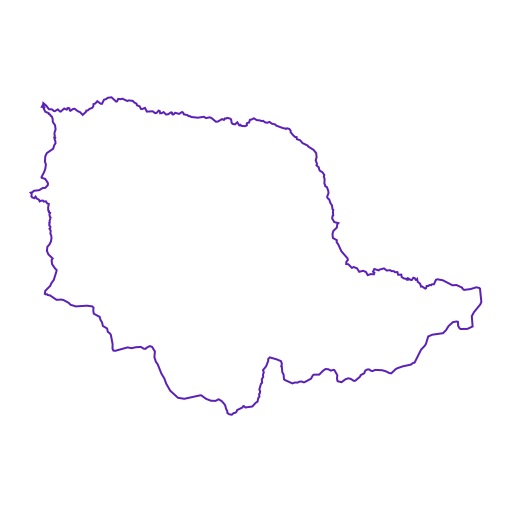 La Vega, Cauca, Colombia (Albers equal-area conic projection)
{"feature_id": "7082276B89331867807141", "entity_name": "La Vega", "entity_type": "district", "adm_level": 2, "iso_a3": "COL", "parent_name": "Colombia", "parent_adm1": "Cauca", "projection": "albers", "projection_center": [-76.765, 2.053], "detail": "fine", "context": "isolated", "style": "outline", "palette": "violet", "viewbox_px": 512, "rotation_deg": 0, "n_neighbors": 0, "source": "geoboundaries", "source_scale": "gbopen_adm2", "svg_char_len": 5977}
<svg xmlns="http://www.w3.org/2000/svg" viewBox="0 0 512 512"><path d="M470.4,289.1L464.1,289.9L462.5,288.7L462.1,287.6L456.4,285.0L452.5,285.3L442.9,280.3L437.6,279.3L435.9,279.8L434.0,284.2L431.7,284.4L431.1,285.2L429.6,285.0L428.3,286.0L426.7,286.0L426.0,288.2L425.2,288.6L422.0,286.4L421.0,286.6L420.1,283.7L417.7,281.8L417.1,279.0L416.3,279.9L415.7,279.9L414.8,278.2L413.4,277.7L411.9,279.9L410.9,280.0L407.8,278.1L407.4,278.5L407.9,279.7L407.0,279.8L405.8,278.7L404.0,278.5L401.7,277.1L401.3,274.6L398.2,274.8L397.4,272.1L395.1,272.2L393.6,271.1L391.5,271.1L390.3,270.2L386.7,270.5L384.0,268.4L379.5,269.6L378.7,270.4L374.3,269.0L373.0,271.7L374.4,272.7L373.9,274.3L370.8,274.1L367.7,275.1L366.0,272.0L363.1,270.8L359.2,271.8L357.1,268.4L353.6,267.0L351.9,267.9L348.4,264.3L346.2,264.0L346.3,261.9L347.9,259.9L347.5,258.3L341.4,251.3L338.0,243.9L336.7,242.4L336.8,240.2L332.9,238.0L332.5,234.0L333.3,231.0L336.8,227.6L337.3,224.3L338.3,223.1L334.3,222.1L332.2,218.6L332.5,216.0L333.2,215.5L332.9,211.6L333.3,210.0L332.5,209.2L332.0,205.5L330.3,202.8L329.2,199.4L327.7,198.3L327.1,196.8L328.5,193.2L328.3,191.0L326.9,187.1L325.2,186.2L325.1,184.8L324.4,183.7L324.6,178.9L323.8,176.7L324.3,174.9L322.3,172.1L320.2,171.0L319.2,169.6L318.7,167.2L316.5,165.4L317.0,163.9L315.7,160.2L316.6,157.4L316.2,153.2L313.6,149.9L308.3,146.6L307.7,145.6L302.4,143.0L300.2,140.3L296.8,139.1L296.6,137.1L295.1,137.0L293.1,135.2L290.6,132.1L290.6,130.6L289.4,129.0L287.2,128.3L285.9,129.0L285.0,128.3L283.5,128.3L276.2,125.6L275.3,124.5L271.7,123.6L269.5,121.9L267.5,122.7L265.4,122.5L263.0,120.8L261.4,121.1L259.9,120.4L256.7,120.1L253.9,118.3L251.3,119.6L249.9,119.8L249.1,122.5L247.2,123.0L246.7,123.9L246.9,125.3L245.0,126.2L241.3,125.9L240.5,124.8L239.3,125.4L237.3,122.3L235.0,124.4L232.5,123.9L231.6,122.6L231.1,119.4L229.9,118.5L227.1,117.9L225.7,118.7L224.7,118.5L223.9,119.9L222.0,119.1L217.8,121.6L215.9,121.7L211.7,118.2L209.8,117.3L206.0,118.1L203.9,116.8L197.8,117.7L191.3,117.0L189.8,116.1L188.6,116.2L187.5,115.1L183.8,114.3L183.2,112.7L182.1,112.0L179.0,113.9L175.2,112.8L173.6,114.4L172.7,114.5L172.2,114.1L172.1,112.7L171.1,112.3L168.0,114.3L166.1,114.5L163.6,112.1L161.9,113.1L160.2,113.3L159.8,111.2L158.7,110.6L156.7,112.8L155.2,113.2L152.7,111.3L146.8,111.6L145.0,107.9L142.0,109.1L141.0,109.0L139.6,106.3L137.0,105.3L136.5,103.7L134.0,102.3L132.8,100.9L128.8,100.4L127.3,101.0L122.4,98.7L120.9,99.2L118.2,98.9L117.1,101.3L116.2,101.6L111.5,97.3L107.7,97.8L106.1,99.1L104.0,99.7L102.0,103.8L100.6,103.7L97.3,101.2L95.3,103.5L93.5,104.1L93.3,106.3L92.3,107.8L89.5,108.9L87.7,110.5L86.3,110.6L86.0,111.8L82.7,114.9L80.1,112.2L77.8,111.2L74.5,108.7L72.8,109.1L70.5,110.8L69.8,110.5L69.4,108.4L68.5,108.0L67.5,108.1L67.1,109.4L66.5,109.6L64.2,108.5L60.7,111.6L60.0,111.5L57.8,109.4L54.7,111.2L53.9,111.1L52.0,109.4L48.9,109.2L46.3,105.7L43.3,103.1L43.0,105.0L42.4,105.8L43.3,106.1L42.3,106.9L43.3,107.1L43.5,107.8L44.3,107.7L43.9,109.0L45.4,111.8L48.6,113.1L48.8,114.0L50.2,114.6L50.6,115.8L51.7,116.3L52.6,118.7L52.9,122.1L55.0,125.1L55.6,129.4L54.7,131.9L54.4,134.4L54.9,136.0L54.3,137.4L55.2,137.9L54.5,139.0L55.3,141.0L55.5,143.3L54.2,145.3L53.2,148.7L46.8,153.1L45.3,156.3L44.9,161.7L45.9,164.3L45.4,168.3L44.3,171.7L41.5,177.1L41.7,177.8L45.2,178.9L47.9,183.0L47.9,185.0L45.4,187.8L42.8,188.0L39.1,190.2L33.8,190.8L32.6,192.1L30.7,192.7L31.7,193.9L31.4,196.5L32.1,197.3L34.3,198.2L35.6,196.6L36.7,198.5L38.9,199.7L39.7,201.4L41.1,200.7L43.0,200.6L43.8,201.6L45.9,201.3L47.2,203.4L48.8,204.0L48.1,207.5L48.3,210.7L49.0,211.1L49.0,212.3L50.1,212.8L49.4,214.5L49.9,216.9L50.6,217.5L49.6,220.8L49.8,222.3L49.2,222.9L49.6,224.0L49.2,224.9L49.5,225.9L50.4,226.7L50.2,228.2L49.5,228.8L50.7,230.7L50.4,233.6L51.3,235.9L51.5,238.2L50.9,241.5L49.5,244.4L47.4,246.8L46.9,250.9L48.4,254.4L52.7,258.5L51.6,260.1L52.1,264.2L55.2,268.7L56.5,269.8L56.6,270.8L53.8,279.9L51.3,283.3L50.2,285.9L45.3,290.8L44.8,293.8L45.8,294.4L46.9,294.2L47.7,295.0L50.0,295.4L56.5,299.8L61.4,299.6L63.4,300.0L68.6,302.8L70.6,304.8L75.9,306.4L86.9,305.7L92.3,306.4L93.5,307.7L93.3,310.9L93.8,313.7L99.7,316.9L100.5,319.9L102.0,322.3L102.9,326.0L107.1,328.5L107.8,331.8L110.0,333.5L110.9,335.0L112.6,344.2L112.5,348.6L113.4,350.6L115.3,350.8L127.6,347.4L131.6,348.2L135.4,347.3L140.8,346.9L143.8,348.7L144.8,348.8L145.6,348.8L146.5,347.8L149.8,346.1L152.1,346.9L154.9,351.5L154.4,357.2L155.9,361.8L157.7,364.3L161.3,373.4L164.4,378.6L166.3,383.8L170.2,390.7L178.0,397.8L184.3,398.8L200.3,395.3L201.2,395.3L206.0,398.8L210.8,400.7L215.5,400.9L218.7,399.3L221.7,401.1L224.2,403.9L225.2,405.5L226.3,409.5L227.2,410.8L227.4,413.0L229.1,414.2L230.8,414.6L231.8,414.7L233.6,413.1L235.5,412.7L236.4,411.9L237.1,410.1L242.4,407.5L243.3,406.1L244.0,406.1L245.3,407.5L252.3,406.5L255.7,402.8L257.5,401.7L258.3,398.0L259.4,396.7L259.1,394.2L259.9,393.0L260.1,391.0L259.3,389.6L261.0,383.8L262.1,382.7L261.8,379.3L263.2,377.0L263.0,374.7L263.8,372.2L263.0,370.1L266.1,366.3L268.2,360.9L268.2,359.1L269.8,357.4L276.5,359.3L280.9,361.1L281.9,363.7L281.3,366.3L281.8,366.4L282.3,372.2L283.6,374.6L284.0,379.2L284.6,379.9L292.4,383.4L294.9,382.5L297.6,382.6L299.2,381.7L301.7,381.5L303.5,382.3L304.5,382.2L311.0,378.7L312.8,375.4L313.7,374.7L319.2,374.6L323.1,370.7L325.6,369.0L328.4,369.3L330.8,370.6L333.6,369.8L334.4,370.1L337.3,375.2L337.0,378.9L337.6,381.2L341.5,382.2L345.6,379.2L348.4,378.3L350.7,378.9L353.9,380.9L355.3,380.7L360.0,376.7L360.7,375.1L364.2,373.3L365.3,370.6L367.2,369.5L369.1,369.4L370.9,370.7L372.5,371.1L375.2,369.9L381.9,370.2L385.6,371.2L389.5,373.1L391.3,373.3L395.6,369.2L397.4,368.2L403.3,366.2L411.0,364.6L412.6,363.2L414.6,362.6L421.1,349.6L425.0,345.5L426.0,343.7L428.2,336.5L432.3,334.7L443.0,333.2L446.0,330.2L448.6,326.0L453.0,322.1L456.5,321.5L457.9,321.8L458.2,326.0L459.5,328.2L460.6,329.0L467.4,328.9L472.6,326.5L471.8,316.2L474.0,312.1L480.3,304.4L481.3,302.1L481.2,300.3L480.0,288.7L479.4,288.0L476.4,287.3L470.4,289.1Z" fill="none" stroke="#5b21b6" stroke-width="2"/></svg>